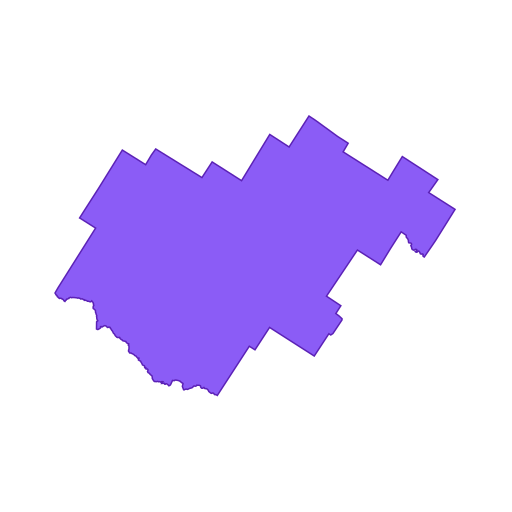 the district of Chacabuco, Buenos Aires, Argentina, rotated 349°
{"feature_id": "61730980B66564977593672", "entity_name": "Chacabuco", "entity_type": "district", "adm_level": 2, "iso_a3": "ARG", "parent_name": "Argentina", "parent_adm1": "Buenos Aires", "projection": "orthographic", "projection_center": [-60.523, -34.634], "detail": "fine", "context": "isolated", "style": "filled", "palette": "violet", "viewbox_px": 512, "rotation_deg": 349, "n_neighbors": 0, "source": "geoboundaries", "source_scale": "gbopen_adm2", "svg_char_len": 5990}
<svg xmlns="http://www.w3.org/2000/svg" viewBox="0 0 512 512"><g transform="rotate(349 256 256)"><path d="M90.1,185.0L103.9,198.0L55.6,249.4L51.7,253.9L51.7,254.2L51.7,254.4L51.8,254.6L52.0,254.9L52.1,255.2L52.2,255.8L52.5,256.1L52.5,256.3L53.1,256.8L53.1,257.2L53.1,257.7L53.2,258.0L53.4,258.2L53.6,258.5L53.9,258.6L54.2,259.0L54.2,259.3L54.8,260.0L55.0,260.2L55.7,260.1L56.1,260.2L56.5,260.4L56.9,260.5L57.3,260.8L57.3,261.1L57.5,261.4L58.2,261.6L58.7,262.5L58.8,262.9L58.9,263.3L59.3,263.4L59.6,264.1L59.8,264.2L60.1,263.8L60.1,263.5L61.2,263.1L61.5,262.7L61.7,262.3L61.9,262.2L62.6,262.3L63.1,262.2L63.4,262.0L63.8,261.9L64.2,262.0L64.4,261.8L64.6,261.4L64.9,261.4L65.6,261.2L66.2,261.2L66.6,261.5L67.1,261.8L68.0,261.7L69.0,262.0L69.5,262.0L70.1,262.3L71.3,262.6L71.8,262.8L72.2,262.9L72.6,263.1L72.8,263.3L73.2,263.4L73.6,263.3L74.1,263.4L74.5,263.7L75.3,264.1L75.5,264.6L75.9,264.9L76.8,264.8L77.3,264.9L77.6,265.2L78.0,265.6L78.5,265.9L79.1,266.1L79.3,266.3L79.2,266.5L79.1,266.8L79.5,266.9L80.2,266.9L81.4,267.6L81.6,267.8L81.8,268.2L82.1,268.3L82.9,268.4L84.5,269.4L85.3,269.3L85.7,269.2L85.9,268.9L86.2,268.7L86.3,268.9L86.4,269.2L86.8,269.9L87.2,270.6L87.2,271.1L87.3,271.3L87.2,271.6L87.2,271.9L87.4,272.2L87.2,272.6L87.2,273.1L87.3,273.5L87.3,273.8L86.8,274.1L86.6,274.4L86.2,275.8L86.2,276.5L87.1,277.4L87.3,277.8L87.7,278.3L88.0,278.9L87.9,279.7L87.7,280.3L87.8,281.0L88.0,281.6L87.9,282.1L88.0,282.7L88.3,284.1L88.1,284.6L87.9,285.1L88.0,285.5L87.9,286.2L87.8,286.7L87.9,286.9L87.8,287.7L88.2,288.6L88.3,288.9L88.4,289.3L88.3,289.5L88.0,289.6L87.7,289.8L87.5,289.7L87.3,289.8L87.2,290.0L86.9,290.3L86.9,290.5L85.5,297.2L85.9,297.5L86.2,297.8L86.8,298.0L87.2,297.9L88.1,297.6L88.6,297.4L89.1,297.2L89.4,297.0L89.9,296.7L90.0,296.5L89.9,295.8L90.4,295.6L90.8,295.9L91.6,296.3L93.0,295.7L94.3,295.5L95.2,295.9L95.8,296.7L96.1,297.1L96.3,297.4L96.5,297.8L97.1,297.9L97.9,297.7L98.5,297.9L99.0,298.1L99.3,298.6L99.2,299.3L99.5,299.8L99.8,300.0L100.0,300.6L100.1,301.3L100.5,301.7L100.7,302.2L100.8,302.8L101.1,303.3L101.1,303.7L101.1,304.0L101.3,304.4L101.5,304.8L101.8,305.2L102.2,305.8L102.4,306.3L102.5,307.0L102.8,307.6L103.2,308.2L103.7,308.7L103.8,309.1L104.0,309.2L104.4,309.5L104.8,309.7L105.5,309.8L106.1,309.8L106.5,309.8L106.7,310.0L106.6,310.6L107.6,312.1L108.0,312.5L108.5,312.7L108.7,313.2L109.1,313.8L109.4,314.0L110.0,314.2L112.0,315.1L112.0,315.6L112.2,316.2L112.6,316.7L113.4,317.4L114.3,317.8L114.4,318.1L114.1,318.5L113.7,318.8L113.6,319.2L114.0,319.7L114.1,320.3L113.9,321.3L113.8,322.1L113.6,322.7L113.4,323.4L113.2,323.7L112.9,324.1L112.8,324.8L112.7,325.1L113.0,325.7L113.4,326.9L113.8,327.3L114.2,327.3L114.8,327.4L115.2,327.7L115.5,328.1L116.0,328.3L116.4,328.7L117.4,329.5L117.9,330.5L118.3,330.8L119.2,331.4L119.4,332.0L119.6,332.4L120.0,332.9L120.3,333.6L120.6,333.9L121.0,333.8L121.5,333.8L121.5,334.4L121.0,335.0L120.7,335.5L121.2,336.1L121.6,336.5L122.0,336.7L122.7,337.2L122.8,338.0L123.4,339.6L123.5,339.8L123.6,340.4L123.7,341.1L124.0,341.4L124.4,341.8L125.0,342.1L125.5,342.5L125.7,343.1L125.4,343.8L125.5,344.4L126.0,344.4L126.5,344.7L126.2,345.3L126.5,346.0L127.1,346.1L127.8,346.2L128.2,346.7L128.2,347.1L128.0,348.0L127.8,348.2L127.5,348.5L127.6,349.2L127.7,349.6L128.0,350.1L128.5,350.4L129.2,351.1L129.3,351.7L129.8,352.4L130.1,352.8L130.9,353.6L131.0,354.0L131.0,354.7L131.0,355.5L130.9,356.0L130.8,356.6L131.1,357.1L131.2,357.7L131.5,358.3L131.8,359.1L132.3,359.8L132.9,359.9L133.9,360.3L134.4,360.4L135.0,360.3L135.7,360.4L136.4,360.9L137.1,360.9L137.7,361.1L138.0,361.3L138.2,361.6L138.8,361.4L139.3,361.3L140.0,361.4L140.6,361.6L140.0,362.2L139.3,362.6L139.0,363.1L139.8,363.2L140.3,363.2L140.8,363.4L141.5,363.3L141.8,363.7L141.9,364.4L142.5,364.6L143.1,364.2L143.8,364.3L144.9,365.5L145.3,366.1L145.7,366.8L146.7,366.6L147.4,366.2L147.8,365.7L148.3,365.1L148.8,364.3L149.8,363.0L150.1,362.3L150.7,362.2L151.3,362.6L152.1,362.8L152.9,362.3L153.4,362.5L154.1,362.6L154.6,362.9L155.5,363.2L156.8,363.9L157.4,364.1L157.5,364.6L158.5,365.6L158.8,366.2L159.7,366.7L160.0,367.2L159.7,368.1L159.3,368.8L158.8,370.1L159.0,370.8L159.0,371.1L159.2,372.1L159.3,372.9L159.4,373.5L160.1,373.7L160.7,373.4L161.9,373.3L162.3,373.4L163.0,373.8L163.5,373.9L164.1,373.7L165.6,373.3L167.6,373.2L168.4,373.0L169.2,372.5L169.8,371.9L170.5,371.8L171.4,372.2L172.2,372.3L173.3,371.5L173.6,371.7L175.4,372.0L176.0,372.3L176.7,372.8L176.7,373.8L176.8,374.5L177.4,375.4L178.1,375.6L179.0,375.5L179.8,375.1L180.0,375.5L180.4,376.3L180.8,376.5L181.3,376.6L181.9,376.7L182.5,377.2L182.9,377.7L183.5,378.7L183.8,380.0L184.8,381.2L185.3,381.7L185.6,382.1L186.3,382.4L187.1,382.2L187.6,382.3L188.2,382.7L188.4,383.1L188.7,383.9L189.0,384.2L189.6,384.3L190.6,384.7L191.4,385.5L232.2,343.3L237.1,347.9L255.7,328.7L294.1,365.3L312.7,346.2L314.3,347.8L316.7,346.8L328.2,335.2L328.5,334.0L326.1,330.7L323.4,327.7L329.8,321.0L317.5,308.9L351.7,274.5L356.7,269.5L362.0,274.5L376.6,288.4L389.2,274.6L403.1,260.0L407.4,264.3L407.4,264.6L407.2,265.3L407.1,266.0L407.3,266.6L407.8,267.3L408.0,267.8L408.3,268.3L408.4,268.8L408.4,269.3L408.6,269.9L408.3,271.3L408.5,272.0L408.6,272.3L409.9,272.6L410.5,272.9L410.9,273.4L411.0,274.2L410.9,274.4L410.5,274.7L409.9,275.5L410.3,276.0L410.3,276.6L410.3,277.3L410.4,277.9L410.3,278.4L410.5,279.1L410.8,279.6L411.5,280.0L412.1,280.5L412.9,280.3L413.4,279.9L414.1,279.9L414.9,280.3L415.1,280.9L414.5,281.6L413.2,282.1L413.5,282.5L414.1,282.9L415.0,282.9L415.6,282.5L416.0,282.2L416.6,282.2L416.9,282.4L417.5,283.7L417.6,284.5L417.7,285.1L418.2,285.5L418.6,285.7L419.2,285.7L420.0,285.8L420.4,286.3L420.2,286.7L420.1,286.9L419.9,287.8L420.0,288.1L420.6,288.8L421.0,289.1L432.3,278.0L435.4,274.9L460.3,248.2L437.6,226.7L449.1,215.7L418.6,186.3L406.4,199.6L399.9,206.8L361.4,170.4L368.0,162.9L359.0,154.3L340.1,134.0L334.7,128.7L309.3,155.3L292.7,139.3L256.2,179.3L230.9,155.3L217.9,168.7L178.0,131.8L172.6,136.9L165.1,145.3L145.0,126.5L114.2,159.7L95.2,179.6L90.1,185.0Z" fill="#8b5cf6" stroke="#5b21b6" stroke-width="1.5"/></g></svg>